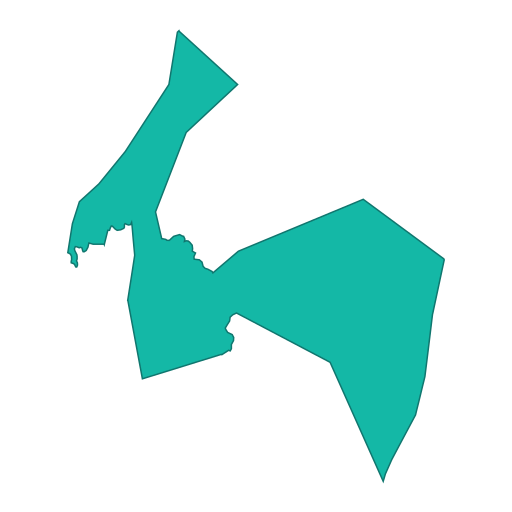 outline of Marc, Castries, Saint Lucia
{"feature_id": "8701671B40300568900689", "entity_name": "Marc", "entity_type": "district", "adm_level": 2, "iso_a3": "LCA", "parent_name": "Saint Lucia", "parent_adm1": "Castries", "projection": "equal_earth", "projection_center": [-60.964, 13.958], "detail": "fine", "context": "isolated", "style": "filled", "palette": "teal", "viewbox_px": 512, "rotation_deg": 0, "n_neighbors": 0, "source": "geoboundaries", "source_scale": "gbopen_adm2", "svg_char_len": 1771}
<svg xmlns="http://www.w3.org/2000/svg" viewBox="0 0 512 512"><path d="M399.8,444.4L414.9,416.1L415.5,415.0L416.6,410.4L418.3,403.6L419.9,397.1L422.8,385.1L423.8,381.1L424.9,376.6L428.9,344.2L432.5,314.4L433.0,312.3L433.4,310.4L444.2,259.9L443.8,258.8L443.5,258.6L363.2,199.3L362.8,199.5L238.4,251.2L212.9,272.9L212.1,271.5L207.8,269.2L205.0,268.3L203.1,266.3L202.0,262.1L199.3,259.8L194.2,259.2L193.9,256.7L195.5,253.0L192.3,251.2L192.6,248.7L192.2,245.2L189.8,242.3L188.2,241.0L186.1,240.8L184.4,241.5L184.9,239.1L183.6,236.3L182.9,236.3L179.6,234.6L175.1,235.9L173.6,236.4L170.9,238.9L169.3,240.4L166.9,240.3L165.8,239.4L163.4,238.9L161.7,238.6L155.5,211.9L186.2,132.4L237.6,84.5L179.2,31.3L179.0,30.7L177.4,32.2L168.9,84.5L125.3,151.5L98.9,183.9L79.4,201.7L72.4,223.7L67.8,252.7L68.3,252.9L68.5,253.0L70.4,254.1L71.5,256.3L71.6,259.8L71.2,261.2L71.2,262.8L73.5,263.6L74.6,264.5L75.3,266.1L76.0,267.1L76.8,266.9L77.5,265.1L77.4,262.9L76.5,260.8L77.1,259.0L77.1,256.4L76.9,254.8L74.8,250.6L74.4,248.8L75.3,246.6L76.9,246.8L79.2,247.8L80.7,247.3L82.0,248.0L82.6,250.5L83.1,251.7L84.1,251.8L86.2,250.5L87.9,247.3L88.9,243.0L93.2,244.2L104.2,244.2L104.3,244.5L107.8,230.3L109.5,230.3L110.3,227.9L111.3,226.0L112.4,226.2L115.2,229.1L117.2,230.3L120.7,229.8L123.8,228.3L124.4,227.1L124.4,224.7L125.1,223.6L126.7,224.4L128.6,225.0L130.6,224.6L131.6,222.4L132.1,226.1L133.2,239.0L134.7,255.3L131.7,274.9L127.7,300.5L127.9,300.7L142.4,378.8L221.2,354.4L221.8,354.7L228.6,350.3L230.2,350.9L231.4,348.7L231.4,344.5L233.5,340.6L233.7,337.5L232.2,334.6L227.6,332.4L225.6,329.1L225.3,328.0L227.4,324.5L229.6,321.0L230.1,317.2L232.7,314.8L236.5,313.0L330.1,362.3L383.2,481.3L384.2,478.0L385.4,473.9L391.8,459.5L399.8,444.4Z" fill="#14b8a6" stroke="#0f766e" stroke-width="1.5"/></svg>